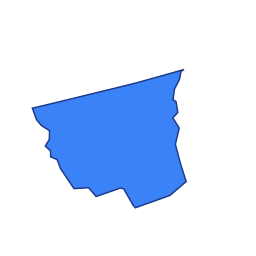 Franklin, North Carolina, United States of America, rotated 228°
{"feature_id": "52423323B24761978339557", "entity_name": "Franklin", "entity_type": "district", "adm_level": 2, "iso_a3": "USA", "parent_name": "United States of America", "parent_adm1": "North Carolina", "projection": "mercator", "projection_center": [-78.269, 36.042], "detail": "fine", "context": "isolated", "style": "filled", "palette": "blue", "viewbox_px": 256, "rotation_deg": 228, "n_neighbors": 0, "source": "geoboundaries", "source_scale": "gbopen_adm2", "svg_char_len": 573}
<svg xmlns="http://www.w3.org/2000/svg" viewBox="0 0 256 256"><g transform="rotate(228 128 128)"><path d="M119.1,47.3L110.0,58.7L98.4,58.5L88.5,82.1L85.6,84.1L67.0,80.1L63.8,80.1L49.8,114.2L49.3,135.4L66.5,143.2L84.2,152.3L93.7,166.0L105.6,168.1L106.2,175.4L115.4,181.3L119.0,180.5L125.7,188.4L129.9,199.1L134.6,205.3L134.0,208.3L134.0,208.7L154.9,166.5L158.5,159.6L193.2,95.0L193.3,94.8L206.7,70.2L195.4,65.6L187.8,65.3L178.5,67.9L172.2,61.9L169.9,54.4L162.8,55.1L158.3,51.2L152.0,54.2L143.0,50.7L119.1,47.3Z" fill="#3b82f6" stroke="#1e3a8a" stroke-width="1.5"/></g></svg>